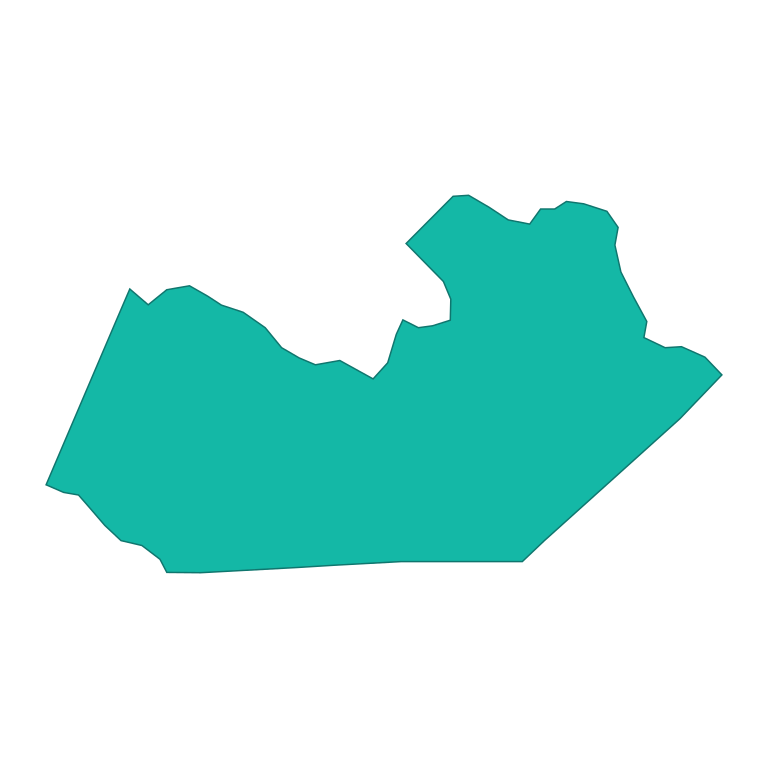 the district of Ermo, Santa Catarina, Brazil
{"feature_id": "56859067B75265848961106", "entity_name": "Ermo", "entity_type": "district", "adm_level": 2, "iso_a3": "BRA", "parent_name": "Brazil", "parent_adm1": "Santa Catarina", "projection": "mercator", "projection_center": [-49.65, -28.985], "detail": "fine", "context": "isolated", "style": "filled", "palette": "teal", "viewbox_px": 768, "rotation_deg": 0, "n_neighbors": 0, "source": "geoboundaries", "source_scale": "gbopen_adm2", "svg_char_len": 884}
<svg xmlns="http://www.w3.org/2000/svg" viewBox="0 0 768 768"><path d="M606.9,211.3L583.7,203.8L566.4,201.5L554.7,209.0L540.6,209.0L529.7,224.1L508.2,219.9L489.3,207.4L468.6,195.3L453.1,196.3L406.1,243.5L443.4,281.5L450.8,299.2L450.3,320.2L432.5,325.8L418.4,327.7L402.9,319.9L396.3,334.3L387.7,362.8L373.1,378.9L358.2,370.7L339.8,360.5L315.4,364.8L299.1,357.9L281.6,347.7L265.2,327.7L243.2,312.3L221.4,305.1L207.9,296.3L189.5,285.8L166.8,289.7L148.2,304.8L129.8,289.0L117.5,317.6L46.1,484.8L63.6,492.4L78.5,495.0L88.8,506.8L104.9,525.5L121.0,540.6L141.9,545.5L160.0,559.3L166.8,572.4L200.7,572.7L297.1,567.5L334.7,565.2L400.9,561.6L480.4,561.6L522.3,561.6L544.4,540.6L564.1,522.9L680.0,418.6L721.9,374.9L705.0,357.2L681.5,346.7L665.1,347.7L643.9,337.6L646.8,321.5L633.6,297.2L620.9,272.0L614.9,245.1L618.1,227.4L606.9,211.3Z" fill="#14b8a6" stroke="#0f766e" stroke-width="1.5"/></svg>